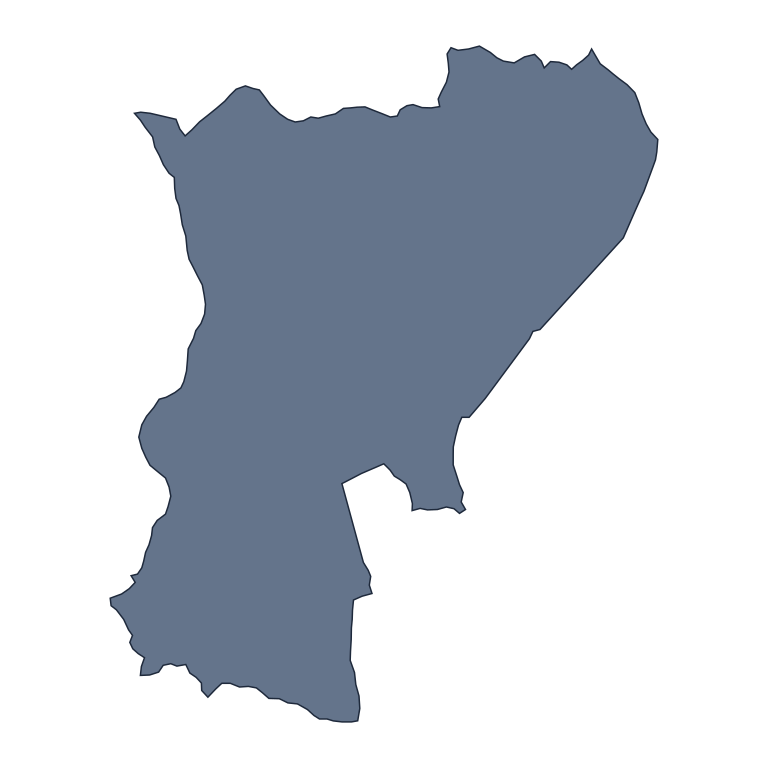 the district of Aporá, Bahia, Brazil
{"feature_id": "56859067B48403270019390", "entity_name": "Aporá", "entity_type": "district", "adm_level": 2, "iso_a3": "BRA", "parent_name": "Brazil", "parent_adm1": "Bahia", "projection": "robinson", "projection_center": [-38.208, -11.75], "detail": "fine", "context": "isolated", "style": "filled", "palette": "slate", "viewbox_px": 768, "rotation_deg": 0, "n_neighbors": 0, "source": "geoboundaries", "source_scale": "gbopen_adm2", "svg_char_len": 2924}
<svg xmlns="http://www.w3.org/2000/svg" viewBox="0 0 768 768"><path d="M591.6,49.0L588.6,55.1L582.7,60.4L576.6,64.8L571.6,69.3L566.9,64.9L559.0,62.2L550.5,61.6L544.2,67.9L541.3,61.1L534.6,54.4L524.5,56.9L514.2,62.9L503.4,61.1L496.9,57.8L490.4,52.5L479.4,46.1L468.5,49.0L458.0,50.3L451.0,47.7L447.1,54.0L448.3,63.3L449.0,72.0L446.4,82.2L441.2,92.3L438.2,99.0L439.7,106.6L431.3,107.9L422.0,107.6L413.0,104.6L406.9,105.7L400.2,109.8L397.3,116.0L390.3,117.0L381.9,113.6L372.6,110.0L365.0,106.9L357.1,107.2L350.5,107.9L343.4,108.4L335.4,113.9L326.2,116.0L318.3,118.2L310.8,117.0L303.4,120.8L295.2,122.0L287.7,119.3L279.7,113.9L270.5,105.0L263.7,95.6L259.3,89.9L253.0,88.5L245.4,85.9L236.2,89.2L229.9,95.4L224.8,101.2L216.4,108.4L207.6,115.5L199.6,121.8L191.8,129.9L185.1,135.9L179.8,129.1L176.0,119.3L150.3,113.3L140.7,112.2L134.5,113.3L140.4,120.1L145.1,127.2L152.6,136.9L154.8,147.0L159.4,155.6L163.4,164.7L169.1,173.3L174.3,177.4L174.7,188.4L176.0,198.4L179.0,205.6L180.6,213.9L182.3,224.8L185.8,236.0L187.2,250.4L189.1,259.3L192.8,266.4L197.3,275.4L202.3,284.9L204.2,295.2L205.5,304.3L204.6,314.1L201.0,323.5L195.8,330.6L193.5,338.4L188.2,348.9L187.4,360.9L186.5,371.1L183.8,381.7L180.9,387.9L175.0,392.5L166.1,397.3L159.2,399.2L153.9,407.4L146.6,416.2L141.8,424.8L138.8,437.1L141.8,448.3L145.7,457.1L150.0,465.3L156.9,471.0L165.5,478.0L169.1,487.1L170.8,496.2L168.1,506.5L165.5,514.1L157.2,520.4L152.5,527.6L151.6,535.5L149.0,544.8L145.6,552.3L143.7,561.1L141.8,567.8L137.5,574.1L131.1,575.7L135.2,582.4L129.2,588.7L121.6,594.0L110.2,598.2L111.1,605.7L116.4,609.8L123.7,619.4L128.6,629.9L132.5,635.4L129.8,642.4L132.8,648.8L138.2,653.6L144.5,657.7L141.4,666.5L140.4,675.4L149.6,675.0L158.6,672.1L163.2,665.3L170.8,663.7L176.9,666.1L185.8,664.5L189.9,673.1L196.1,677.3L201.4,683.0L201.7,690.5L207.9,697.2L215.8,688.9L221.8,683.3L230.3,683.3L239.5,687.0L248.4,686.4L256.4,687.9L262.0,692.4L268.9,698.4L279.3,698.7L287.9,702.9L297.4,703.9L307.4,709.5L314.0,715.5L319.5,719.0L327.1,719.0L333.3,720.9L341.9,721.9L351.6,721.9L357.7,720.8L359.8,708.5L359.0,696.0L355.8,684.5L354.5,672.5L350.2,660.4L350.5,651.4L351.2,639.5L351.4,628.0L352.2,619.4L352.5,610.2L353.5,600.0L362.1,596.2L372.0,593.5L369.3,585.1L370.7,576.4L368.2,570.3L363.4,562.5L341.9,483.6L349.9,479.5L361.4,473.5L383.8,463.8L390.1,470.1L394.3,476.1L399.9,479.5L406.1,484.0L409.8,492.6L412.4,503.6L412.1,510.6L420.1,508.4L427.5,509.9L437.4,509.5L446.4,507.0L454.0,508.7L459.5,513.4L465.5,509.5L461.2,502.0L463.2,492.6L459.5,484.7L457.2,477.3L453.2,464.9L453.2,454.8L453.3,446.9L455.6,436.1L458.5,425.1L461.8,417.3L469.1,417.3L485.2,398.5L529.4,338.8L532.9,331.4L540.0,329.5L623.3,237.9L635.1,210.9L640.3,199.2L643.9,191.4L652.9,167.0L655.5,159.8L656.8,151.9L657.8,139.5L650.9,132.1L646.2,123.9L642.0,113.9L638.8,102.8L634.8,92.6L627.1,84.7L619.0,78.7L613.0,73.9L608.1,69.8L600.2,63.8L594.9,54.7L591.6,49.0Z" fill="#64748b" stroke="#1e293b" stroke-width="1.5"/></svg>